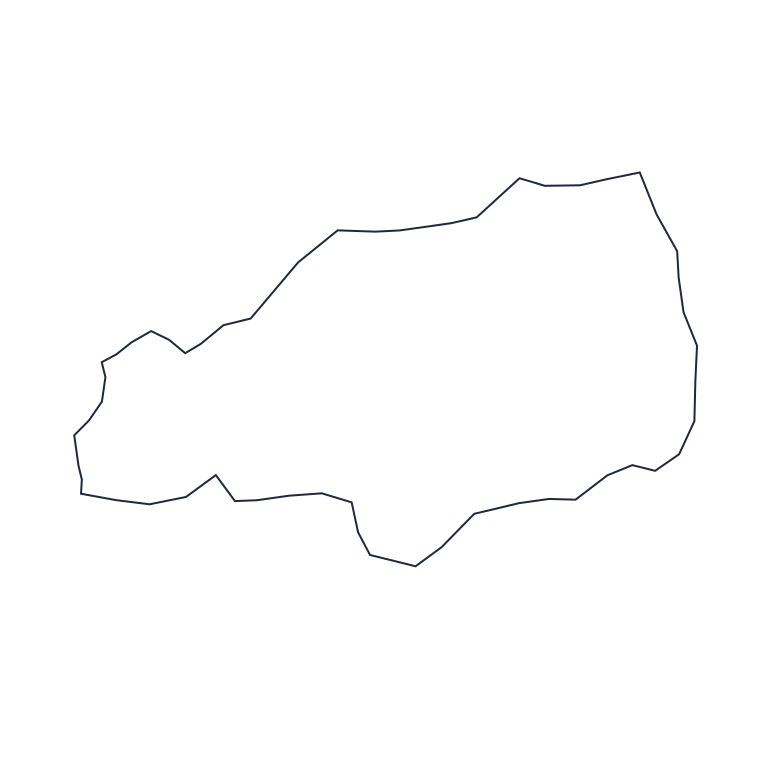 Aglantzia, Nicosia, Cyprus (Albers equal-area conic projection), rotated 172°
{"feature_id": "46923920B61795376722759", "entity_name": "Aglantzia", "entity_type": "district", "adm_level": 2, "iso_a3": "CYP", "parent_name": "Cyprus", "parent_adm1": "Nicosia", "projection": "albers", "projection_center": [33.427, 35.144], "detail": "fine", "context": "isolated", "style": "outline", "palette": "slate", "viewbox_px": 768, "rotation_deg": 172, "n_neighbors": 0, "source": "geoboundaries", "source_scale": "gbopen_adm2", "svg_char_len": 831}
<svg xmlns="http://www.w3.org/2000/svg" viewBox="0 0 768 768"><g transform="rotate(172 384 384)"><path d="M699.3,317.5L665.5,306.3L632.9,297.5L595.8,299.7L563.2,317.2L547.9,288.8L526.1,286.6L493.5,286.6L460.8,284.4L432.5,271.3L430.3,240.7L421.6,216.6L378.1,199.1L349.7,214.4L312.7,242.9L267.0,247.2L236.5,247.2L210.4,242.8L175.5,262.5L149.4,269.1L127.6,260.3L101.5,273.4L81.8,304.0L75.3,343.4L68.7,378.4L77.4,413.4L77.4,448.5L75.2,474.7L90.5,514.1L101.3,557.9L136.2,555.7L162.3,553.5L197.2,557.9L221.2,568.9L269.1,536.1L295.2,533.9L347.5,533.9L371.5,536.1L408.5,542.6L452.1,516.4L506.9,467.4L534.8,464.6L559.9,449.2L576.6,442.2L590.6,457.6L607.3,468.8L628.2,460.4L644.9,450.6L660.5,444.9L658.9,429.6L665.8,405.8L681.2,389.0L697.9,376.3L697.9,345.5L696.5,331.5L699.3,317.5Z" fill="none" stroke="#1e293b" stroke-width="2"/></g></svg>